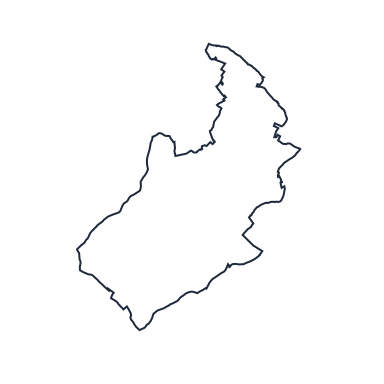 outline of Borsa, Cluj, Romania, rotated 111°
{"feature_id": "2599482B57968655519822", "entity_name": "Borsa", "entity_type": "district", "adm_level": 2, "iso_a3": "ROU", "parent_name": "Romania", "parent_adm1": "Cluj", "projection": "mercator", "projection_center": [23.623, 46.919], "detail": "fine", "context": "isolated", "style": "outline", "palette": "slate", "viewbox_px": 384, "rotation_deg": 111, "n_neighbors": 0, "source": "geoboundaries", "source_scale": "gbopen_adm2", "svg_char_len": 5955}
<svg xmlns="http://www.w3.org/2000/svg" viewBox="0 0 384 384"><g transform="rotate(111 192 192)"><path d="M305.2,268.5L305.8,264.7L306.0,259.3L305.4,256.9L305.3,255.3L306.0,253.6L306.7,251.7L306.9,251.3L307.7,249.1L308.7,247.2L309.7,245.0L310.3,243.1L311.8,239.8L313.9,234.3L313.1,234.4L312.5,234.9L314.1,229.0L316.9,229.7L320.2,229.5L320.8,225.7L321.6,222.4L323.0,220.5L324.7,217.1L325.2,215.7L326.2,213.9L322.2,211.8L324.4,208.9L327.1,205.8L328.9,204.7L331.0,204.6L332.8,203.4L333.4,202.4L333.6,201.8L334.2,201.1L335.0,199.6L335.9,198.8L337.9,195.9L339.7,191.5L335.8,187.7L334.4,187.1L332.0,186.6L331.8,186.5L331.2,185.7L330.3,185.2L329.1,185.0L328.1,184.5L324.3,184.1L319.4,184.3L315.3,181.9L314.3,181.0L312.3,178.5L311.2,177.4L310.7,176.6L308.2,174.8L306.7,173.3L305.3,172.4L303.7,171.2L303.2,170.3L301.1,168.5L299.5,167.0L298.0,166.2L294.4,164.9L291.4,162.8L289.1,161.5L288.0,160.5L286.8,159.2L286.4,158.4L285.6,157.6L285.1,156.5L284.7,154.6L284.5,150.7L282.9,149.7L279.0,146.3L277.0,145.0L277.1,143.9L270.1,143.1L266.4,141.9L265.7,141.5L262.3,139.0L256.9,135.4L255.5,134.0L253.9,133.1L251.4,132.6L246.5,132.5L247.5,130.8L248.5,130.4L249.4,130.2L246.5,129.4L245.4,128.8L244.7,128.1L243.6,125.8L242.7,122.0L240.9,118.0L240.2,117.3L238.6,115.8L236.4,113.3L233.3,110.4L230.7,108.5L226.7,106.1L226.4,106.4L224.6,105.8L222.0,105.2L220.0,115.6L214.0,129.3L212.0,128.7L206.7,126.6L203.7,124.5L203.0,124.2L202.4,124.3L201.3,124.2L199.5,123.4L198.7,124.5L195.3,129.7L193.2,128.9L192.9,129.1L192.3,128.2L191.4,128.1L190.7,128.3L188.7,127.4L186.1,127.1L184.1,126.3L183.1,126.1L182.3,125.1L180.8,124.1L179.7,123.2L178.9,122.7L176.5,120.2L175.5,118.9L175.3,118.6L175.3,117.9L175.2,117.5L172.9,114.7L172.3,113.1L171.8,112.3L171.8,111.4L171.3,110.4L170.7,109.7L170.5,108.4L170.1,107.4L169.1,106.2L167.9,105.7L165.5,105.4L162.4,105.3L155.4,106.6L153.6,107.9L156.0,109.8L153.4,111.6L151.4,112.7L150.9,111.9L150.7,112.3L150.3,112.6L150.1,112.6L149.9,112.2L148.9,113.3L148.5,113.4L145.9,116.3L147.0,117.1L145.4,117.9L143.8,117.6L143.0,117.7L142.6,118.0L142.6,119.0L142.0,119.0L141.3,119.2L139.8,119.1L139.1,119.3L135.9,118.0L134.4,117.2L132.7,116.8L131.3,116.0L126.9,113.0L123.0,110.0L121.4,109.3L120.9,108.8L117.8,108.2L116.6,107.4L115.1,107.0L114.0,106.5L113.0,106.4L112.9,106.7L113.0,111.8L112.7,113.6L111.8,117.1L111.7,117.7L112.2,119.7L112.7,120.5L113.6,121.1L113.6,122.0L114.3,123.7L114.3,124.9L114.1,126.2L113.4,127.9L113.2,129.6L113.0,130.1L108.4,129.7L107.9,132.7L110.5,132.8L111.3,134.8L105.3,135.2L101.5,134.3L101.1,137.8L101.1,139.2L98.2,139.2L98.6,131.9L96.7,130.6L92.6,129.5L90.1,129.4L89.7,129.5L88.4,130.4L88.3,130.8L87.4,131.3L87.3,131.6L85.3,133.1L84.6,133.4L83.4,134.8L82.9,134.9L82.7,135.5L82.4,135.8L81.8,137.0L82.0,137.7L81.5,137.9L81.3,139.2L80.8,139.7L80.6,140.8L79.9,142.3L79.3,142.6L78.6,142.8L77.9,144.5L77.3,144.3L76.7,146.7L77.0,147.0L76.1,149.7L75.5,150.5L74.9,151.6L74.0,153.6L71.6,158.0L70.4,159.4L69.3,161.2L69.0,162.2L69.0,165.0L69.7,166.9L70.3,169.5L67.8,169.5L67.8,167.1L67.4,167.1L65.2,166.2L62.7,165.8L62.0,165.9L61.8,166.0L60.7,167.1L59.3,166.2L59.3,166.3L59.2,167.1L58.6,169.0L57.4,171.1L56.3,172.6L55.8,173.6L55.5,175.3L54.8,176.1L54.5,177.2L54.5,177.5L54.2,177.9L54.1,178.9L53.8,179.4L53.7,179.7L53.3,180.7L52.8,182.0L53.0,182.6L52.6,183.9L52.8,184.5L52.6,185.2L52.8,185.7L52.3,186.0L52.2,186.5L51.8,187.1L51.5,187.6L51.5,188.2L51.1,188.7L50.3,190.9L49.3,192.6L48.9,193.8L48.1,195.4L48.0,195.8L47.7,199.0L47.3,200.4L47.2,201.3L46.4,202.9L46.2,203.7L45.9,204.2L46.0,205.0L45.8,206.2L45.4,207.6L44.9,208.5L44.3,210.4L44.4,210.9L44.8,212.8L45.0,214.8L45.9,217.1L45.8,219.0L46.8,221.0L46.3,221.0L47.6,225.0L47.7,228.1L47.6,229.3L49.8,229.6L53.2,229.7L54.5,230.1L55.1,229.4L56.1,229.0L56.1,228.6L57.4,227.1L57.8,226.1L59.1,225.1L59.6,224.2L60.3,223.6L60.7,222.9L60.6,222.4L61.2,221.5L61.2,221.0L61.0,220.7L60.5,220.5L60.5,220.3L60.4,219.2L60.3,218.9L59.7,219.0L59.1,218.5L58.0,218.2L58.5,217.3L59.8,217.3L60.1,217.2L60.1,216.2L60.2,215.3L60.2,214.2L60.1,213.8L60.1,211.9L60.2,207.1L67.0,208.7L68.0,204.9L72.8,206.2L73.7,204.5L75.3,204.7L78.3,204.7L79.0,203.0L79.6,202.3L80.0,202.5L80.3,202.0L80.9,202.2L80.0,203.7L79.5,204.9L82.8,205.8L82.9,206.0L83.5,206.4L84.1,206.3L84.3,206.6L84.9,206.4L85.0,206.7L87.0,203.9L87.3,203.0L87.8,202.4L89.3,200.1L91.1,196.8L90.3,196.2L91.4,194.3L94.3,196.0L95.0,194.5L100.0,198.8L101.7,199.9L102.2,199.2L102.5,198.6L102.8,197.3L102.8,196.5L103.0,195.2L103.3,194.8L103.4,194.5L106.4,194.8L109.0,194.3L111.2,194.3L113.4,195.2L114.8,195.5L117.7,196.4L119.2,196.4L124.2,195.5L124.9,195.9L125.9,196.1L127.1,196.0L128.5,197.2L128.8,197.0L129.4,196.8L134.0,192.9L134.8,192.0L136.0,191.0L136.3,190.6L136.0,190.2L137.0,188.7L139.9,190.0L138.9,192.8L143.9,194.9L143.8,196.9L145.7,199.2L146.8,198.8L148.3,197.9L149.0,198.5L148.7,198.7L148.8,198.9L149.9,200.2L152.5,201.7L153.2,201.8L153.6,202.2L154.3,204.0L154.3,204.8L154.2,205.9L153.9,206.1L153.7,207.8L156.2,209.6L157.2,210.2L158.4,211.3L164.3,220.3L160.6,222.8L159.8,223.2L156.8,223.6L155.7,224.4L151.6,226.3L152.2,226.9L152.3,227.2L151.2,228.5L149.8,230.9L147.8,233.1L148.4,234.8L148.8,235.8L149.0,236.8L149.1,237.4L148.4,241.0L148.4,242.4L148.7,243.5L149.5,244.4L151.9,245.8L153.6,247.6L154.5,248.0L154.6,248.6L155.7,248.3L157.6,248.0L161.9,248.1L163.5,247.5L165.1,247.4L167.6,246.8L173.3,246.4L176.3,246.0L178.9,245.3L180.7,244.6L182.6,243.7L186.7,241.2L190.5,241.4L193.2,241.9L195.9,242.8L200.4,243.6L200.9,243.6L205.1,241.7L206.8,241.3L209.1,241.1L210.3,241.7L215.8,245.8L217.6,247.6L218.7,248.2L220.1,248.6L223.1,249.0L224.7,249.7L226.9,251.4L227.5,251.6L229.6,252.0L235.1,252.1L235.7,252.2L236.9,252.7L237.6,253.3L240.9,257.2L244.7,261.3L249.5,264.3L251.6,265.0L256.4,268.1L259.6,269.3L261.4,270.2L262.3,270.4L263.8,271.3L267.3,272.4L270.5,272.5L272.9,272.8L274.7,273.7L278.0,274.3L281.1,276.2L286.7,278.8L287.8,277.9L289.5,275.5L295.0,272.9L297.0,271.1L298.6,270.5L302.2,269.9L305.2,268.5Z" fill="none" stroke="#1e293b" stroke-width="2"/></g></svg>